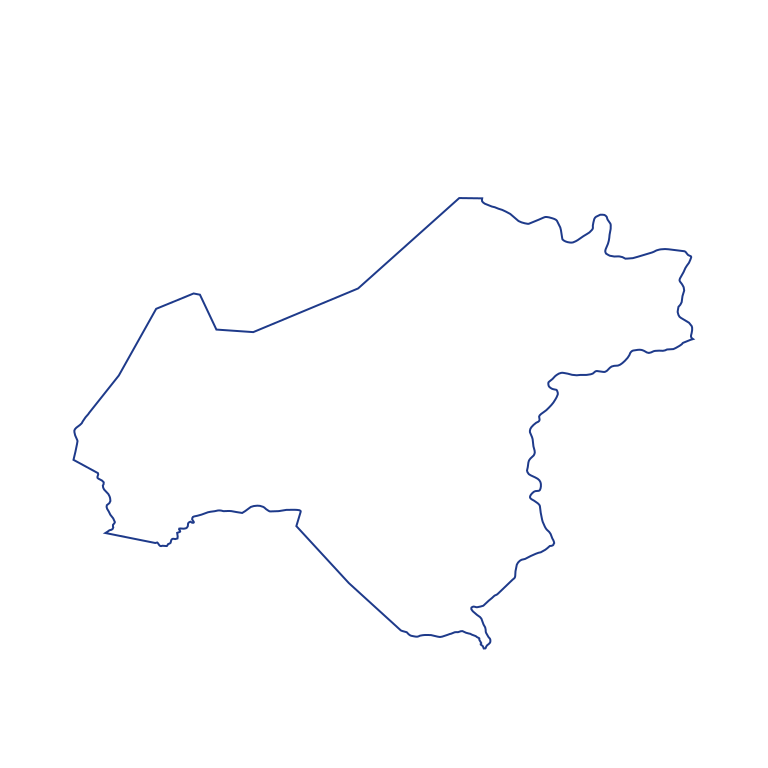 the district of San Jose de Colinas, Santa Bárbara, Honduras, rotated 289°
{"feature_id": "27666195B96609935857863", "entity_name": "San Jose de Colinas", "entity_type": "district", "adm_level": 2, "iso_a3": "HND", "parent_name": "Honduras", "parent_adm1": "Santa Bárbara", "projection": "natural_earth1", "projection_center": [-88.328, 15.073], "detail": "fine", "context": "isolated", "style": "outline", "palette": "blue", "viewbox_px": 768, "rotation_deg": 289, "n_neighbors": 0, "source": "geoboundaries", "source_scale": "gbopen_adm2", "svg_char_len": 6166}
<svg xmlns="http://www.w3.org/2000/svg" viewBox="0 0 768 768"><g transform="rotate(289 384 384)"><path d="M607.3,624.7L604.0,609.1L603.1,605.8L601.5,602.0L600.8,600.7L599.0,598.1L596.9,596.1L595.6,594.6L586.9,582.5L584.0,578.3L581.7,573.0L581.1,571.4L581.6,568.2L581.3,565.3L581.0,564.1L579.5,560.2L578.8,555.7L579.1,553.7L579.6,551.5L580.5,550.6L581.7,549.9L583.5,549.7L589.5,550.1L592.7,549.9L595.6,549.4L598.5,548.7L604.5,547.8L607.9,546.7L608.9,546.2L609.5,545.6L612.3,541.8L614.6,540.1L615.3,538.7L615.6,537.4L615.2,535.5L614.4,533.3L611.2,530.1L610.0,529.4L608.4,529.1L604.9,529.4L601.7,529.9L599.6,530.7L598.7,530.8L597.3,530.4L594.2,528.9L591.8,527.0L588.7,524.4L583.1,520.3L581.4,518.8L579.4,516.6L578.7,515.2L578.3,513.8L577.9,511.3L577.9,509.1L578.2,507.3L578.8,505.7L580.1,504.9L587.1,501.2L589.4,499.7L594.7,494.3L595.2,493.2L595.5,491.5L595.5,489.3L595.3,485.8L594.9,483.6L594.4,482.1L593.4,480.8L589.8,476.9L582.6,468.7L582.2,467.5L581.8,464.8L581.6,461.4L581.9,458.1L585.9,448.0L586.7,442.9L587.1,439.1L587.0,435.1L587.2,431.1L586.9,428.2L587.3,420.6L587.9,418.6L588.7,417.3L589.9,416.7L591.5,416.4L584.3,394.6L465.9,328.4L390.5,243.5L380.9,207.8L408.5,180.9L407.6,174.5L380.9,144.1L305.7,130.5L260.7,114.6L259.2,114.2L255.3,112.6L250.5,111.3L248.5,111.0L246.2,109.8L242.5,107.3L240.6,106.5L239.1,106.4L237.6,107.0L234.9,108.7L231.0,112.3L230.2,112.8L227.2,113.3L219.4,114.3L211.2,115.1L206.6,142.5L205.5,143.2L202.7,143.3L201.9,143.8L201.5,144.9L200.9,148.8L199.8,151.0L197.8,151.5L196.5,151.2L194.6,152.2L193.1,153.7L190.2,159.2L188.4,161.1L186.9,162.2L184.3,163.4L181.9,163.1L179.2,161.4L177.5,161.7L175.9,162.8L173.8,165.3L171.3,167.8L168.8,171.7L165.8,174.5L164.6,174.4L162.6,173.6L161.1,174.1L160.3,174.7L158.6,174.6L157.5,173.8L156.3,172.0L154.4,170.7L152.4,169.1L159.2,219.5L160.3,221.2L160.0,221.9L158.4,224.1L158.0,225.2L158.2,226.1L158.9,227.1L160.0,231.2L160.2,231.5L162.5,232.1L163.3,233.2L164.4,233.9L166.8,233.7L167.7,233.8L168.3,234.1L168.8,234.6L169.1,235.3L169.4,237.1L170.7,239.0L172.6,238.6L175.9,236.9L177.7,239.1L178.1,239.3L179.0,238.7L179.8,237.6L180.6,237.5L181.1,238.5L182.0,241.8L183.1,243.7L184.0,244.4L185.6,244.8L188.2,244.2L189.0,244.3L190.0,244.9L190.8,245.8L190.4,247.5L190.6,248.7L190.9,249.1L191.4,249.2L191.7,249.0L193.5,246.7L194.8,246.4L196.0,246.6L196.9,247.5L198.7,250.5L201.1,254.0L205.4,259.3L206.7,261.5L208.6,265.3L210.3,268.1L210.9,269.6L211.3,271.3L211.5,273.6L213.5,278.8L214.1,281.0L214.9,286.3L215.9,291.9L218.6,294.1L224.4,298.1L226.2,300.6L227.7,303.8L228.4,306.4L228.5,309.7L228.2,311.1L227.3,313.2L226.7,315.4L226.4,316.7L226.4,317.7L229.5,325.8L233.3,332.9L236.1,340.9L236.7,343.0L237.1,345.1L236.9,346.3L236.2,346.8L221.1,347.4L184.3,415.6L156.5,480.1L156.4,481.7L156.7,486.3L155.4,488.8L154.9,490.4L154.8,491.7L155.2,494.7L155.5,496.4L155.9,497.7L156.7,498.9L157.7,499.9L159.0,502.2L160.1,504.6L161.5,508.9L161.9,510.2L162.6,517.1L163.0,519.3L164.1,521.3L167.3,525.5L169.1,527.7L169.7,528.7L172.3,531.7L173.0,533.3L173.4,534.7L175.3,537.2L175.9,538.7L175.5,542.5L175.7,545.5L175.9,546.9L175.6,548.6L175.5,552.8L175.0,554.2L174.6,556.8L174.4,557.0L173.8,557.1L173.0,557.6L170.8,560.2L170.1,560.4L169.5,560.1L169.1,560.4L168.4,562.6L167.4,563.6L166.4,564.4L167.0,565.9L167.5,566.1L168.7,566.1L170.4,566.5L172.4,567.8L174.1,568.5L175.6,568.3L177.1,567.6L177.8,566.9L178.6,565.4L179.5,564.3L181.9,561.6L182.8,560.9L184.8,560.1L186.8,558.9L189.0,556.4L193.8,552.5L194.9,550.7L196.0,547.0L198.0,542.0L199.4,540.0L200.3,539.6L201.1,539.5L201.8,540.0L202.6,540.9L202.9,542.1L203.0,543.9L203.3,544.8L205.0,547.7L206.7,550.1L213.3,553.6L216.7,555.7L219.5,557.2L220.3,557.8L221.4,559.1L222.8,560.0L240.7,569.2L242.7,570.4L243.6,570.7L245.1,570.6L249.7,569.3L256.4,568.4L258.9,568.9L261.1,570.0L262.6,571.3L264.5,574.3L269.1,578.7L272.9,582.8L274.7,585.0L275.9,587.0L279.8,590.5L282.1,592.0L284.8,593.5L285.6,595.2L286.5,596.2L287.2,596.5L288.2,596.5L289.0,596.7L289.9,596.2L291.5,594.9L292.7,593.5L296.4,590.4L297.9,588.4L299.3,585.3L300.1,584.1L301.4,582.6L305.4,578.9L307.3,577.6L313.3,574.1L319.0,571.3L319.9,570.7L320.7,569.5L321.3,568.2L322.5,564.0L323.1,560.9L323.6,559.7L324.3,559.0L325.4,558.7L326.9,558.9L328.6,559.5L330.8,560.7L332.0,562.0L333.4,565.1L333.9,565.6L334.5,565.9L336.2,566.0L338.2,565.7L340.5,564.9L342.1,563.9L343.5,562.3L344.4,560.2L344.9,557.4L345.4,552.6L345.9,550.3L347.3,548.4L348.7,547.4L352.2,547.0L356.7,546.1L358.5,546.0L359.7,546.2L361.2,546.7L365.2,548.8L366.7,549.0L368.2,548.9L370.0,548.1L373.7,545.6L380.2,542.5L381.9,541.3L385.9,537.7L387.2,537.2L389.1,537.0L391.1,537.4L394.0,538.7L396.9,540.5L398.6,542.2L399.6,542.7L400.2,542.8L401.2,542.6L403.6,541.3L405.0,541.4L406.8,542.3L410.2,544.7L412.1,546.0L415.3,547.6L418.6,549.1L421.6,550.2L425.4,551.1L427.6,551.5L430.7,551.7L431.7,551.4L432.5,551.0L433.9,549.9L434.5,549.2L434.6,548.8L434.2,545.8L434.2,544.2L434.6,542.5L435.3,540.9L436.0,540.2L437.0,539.6L438.2,539.1L439.1,539.0L440.0,539.4L443.6,541.7L447.0,543.2L448.6,544.2L450.7,545.9L452.2,547.9L452.7,549.0L453.0,550.5L453.6,554.4L453.9,558.8L455.0,563.4L456.5,566.7L458.6,572.7L460.5,576.3L461.8,578.0L464.5,579.6L465.1,580.2L465.6,581.1L466.8,587.3L467.1,588.4L467.7,589.3L469.1,590.5L472.9,592.3L474.6,593.5L476.1,595.7L477.4,598.8L477.9,599.6L479.3,601.1L481.4,602.6L484.1,604.1L488.0,605.8L491.2,606.6L493.4,606.7L494.7,607.1L495.8,607.7L496.7,608.6L499.0,613.0L499.7,614.8L500.0,616.2L500.1,617.3L500.0,619.1L499.4,622.3L499.6,624.3L500.8,626.2L502.8,628.3L503.6,629.6L505.1,633.3L506.2,636.9L507.3,638.8L508.8,640.4L511.2,646.2L512.9,648.0L516.3,651.0L518.5,652.6L519.9,653.1L520.4,653.5L525.6,659.5L527.1,661.6L527.4,660.6L527.7,659.8L528.2,659.3L529.1,658.7L530.0,658.5L532.3,658.3L535.3,657.8L537.6,657.0L538.9,656.1L541.2,652.5L543.2,643.2L543.8,641.5L545.2,639.9L547.7,638.2L549.6,637.8L552.8,637.3L555.5,638.4L558.3,638.8L564.3,637.6L570.1,637.4L573.1,635.8L575.3,633.4L577.3,630.4L578.2,629.7L579.1,629.5L580.2,629.5L587.3,630.8L591.8,631.2L594.7,631.9L597.9,632.9L601.3,633.2L603.9,633.2L604.4,632.9L604.7,632.5L604.8,631.0L605.0,629.5L605.8,628.1L607.0,626.3L607.3,625.3L607.3,624.7Z" fill="none" stroke="#1e3a8a" stroke-width="2"/></g></svg>